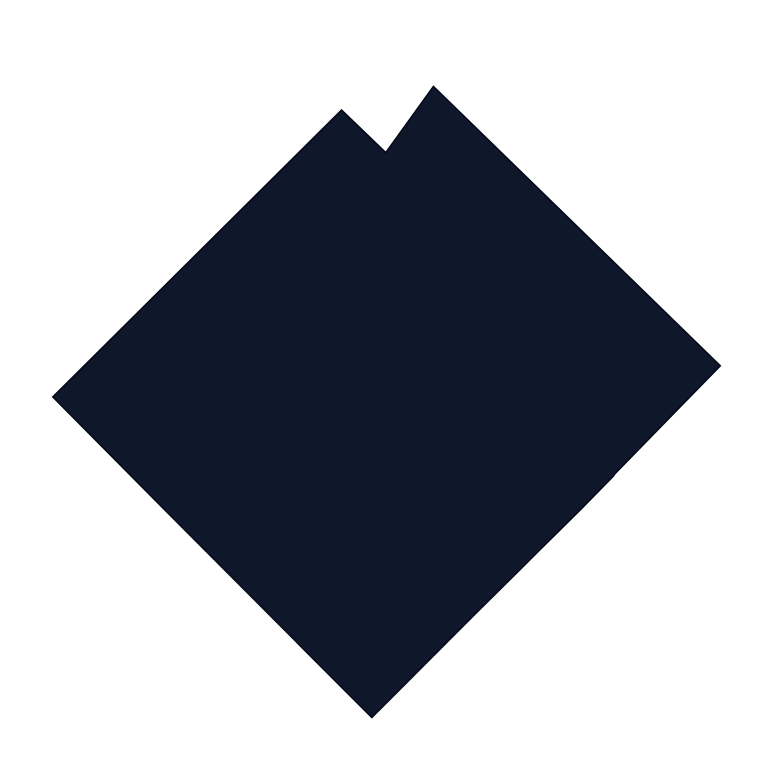 Collin, Texas, United States of America (Mercator projection), rotated 314°
{"feature_id": "52423323B10774992912194", "entity_name": "Collin", "entity_type": "district", "adm_level": 2, "iso_a3": "USA", "parent_name": "United States of America", "parent_adm1": "Texas", "projection": "mercator", "projection_center": [-96.632, 33.194], "detail": "fine", "context": "isolated", "style": "filled", "palette": "ink", "viewbox_px": 768, "rotation_deg": 314, "n_neighbors": 0, "source": "geoboundaries", "source_scale": "gbopen_adm2", "svg_char_len": 447}
<svg xmlns="http://www.w3.org/2000/svg" viewBox="0 0 768 768"><g transform="rotate(314 384 384)"><path d="M630.7,613.3L632.4,212.8L551.7,224.5L551.6,163.1L144.6,154.7L141.2,309.4L140.3,356.4L137.6,500.2L137.5,501.1L136.3,565.6L135.6,607.0L140.2,607.0L172.4,607.6L204.3,608.1L222.2,608.4L281.9,609.4L344.4,610.8L371.2,611.3L431.8,612.7L477.2,613.0L480.0,612.5L564.2,612.9L630.7,613.3Z" fill="#0f172a" stroke="#020617" stroke-width="1.5"/></g></svg>